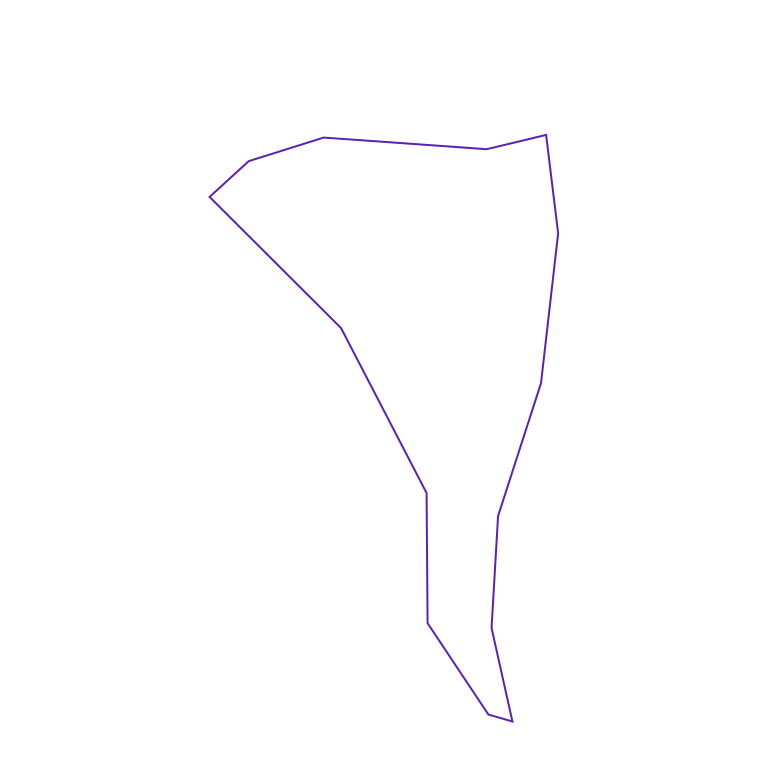 outline of Sədərək, rotated 107°
{"feature_id": "AZE-2415", "entity_name": "Sədərək", "entity_type": "District", "adm_level": 1, "iso_a3": "AZE", "parent_name": "Azerbaijan", "parent_adm1": "", "projection": "equal_earth", "projection_center": [44.859, 39.683], "detail": "fine", "context": "isolated", "style": "outline", "palette": "violet", "viewbox_px": 768, "rotation_deg": 107, "n_neighbors": 0, "source": "natural_earth", "source_scale": "10m", "svg_char_len": 357}
<svg xmlns="http://www.w3.org/2000/svg" viewBox="0 0 768 768"><g transform="rotate(107 384 384)"><path d="M477.0,236.3L585.9,209.8L669.2,162.5L669.6,187.5L600.0,272.4L475.8,311.4L343.1,441.4L256.1,605.5L210.4,578.5L201.9,566.1L166.0,513.8L129.5,354.6L98.4,301.8L189.0,261.5L337.3,234.1L477.0,236.3Z" fill="none" stroke="#5b21b6" stroke-width="2"/></g></svg>